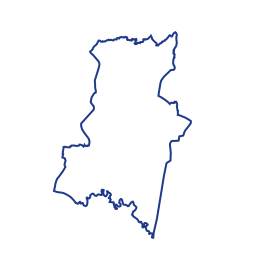 outline of Lam Thamenchai, Nakhon Ratchasima, Thailand, rotated 191°
{"feature_id": "78962969B38997993614203", "entity_name": "Lam Thamenchai", "entity_type": "district", "adm_level": 2, "iso_a3": "THA", "parent_name": "Thailand", "parent_adm1": "Nakhon Ratchasima", "projection": "robinson", "projection_center": [102.907, 15.286], "detail": "fine", "context": "isolated", "style": "outline", "palette": "blue", "viewbox_px": 256, "rotation_deg": 191, "n_neighbors": 0, "source": "geoboundaries", "source_scale": "gbopen_adm2", "svg_char_len": 5796}
<svg xmlns="http://www.w3.org/2000/svg" viewBox="0 0 256 256"><g transform="rotate(191 128 128)"><path d="M99.9,231.0L101.4,229.4L102.4,226.2L103.5,226.4L104.5,227.0L104.8,227.0L106.3,224.1L107.0,223.1L107.3,222.3L108.5,221.4L108.6,220.6L109.2,220.4L109.5,220.0L110.7,219.4L110.7,219.0L111.3,218.7L111.4,217.9L111.6,217.5L112.2,217.4L113.3,216.5L113.5,215.9L114.2,214.8L114.9,215.0L115.2,214.5L116.0,214.5L116.0,216.5L116.4,216.9L117.5,217.3L121.2,219.8L121.3,220.3L121.9,221.4L123.0,222.8L123.1,222.4L124.0,221.5L124.3,220.8L124.7,220.6L125.0,219.9L125.7,219.2L126.9,218.6L127.4,218.6L127.9,218.4L127.9,218.1L129.2,218.3L129.9,217.9L129.9,217.7L129.6,217.3L129.5,216.5L130.0,215.2L132.3,214.7L132.5,214.4L132.5,213.7L133.5,213.8L134.1,213.4L135.0,213.4L135.0,212.9L135.4,212.3L136.8,211.7L137.2,211.9L137.3,212.1L136.6,212.2L136.4,212.6L137.0,212.6L136.6,213.1L137.1,213.2L137.1,214.0L137.3,214.6L137.0,214.8L136.9,215.9L136.5,216.1L136.9,216.8L137.1,216.6L137.9,216.6L138.3,216.2L139.0,216.3L139.3,216.0L139.8,216.0L140.8,216.3L141.0,216.0L140.7,215.6L140.9,215.3L140.8,214.9L141.2,214.5L142.1,214.9L142.6,214.5L143.7,214.4L144.1,214.7L145.3,214.3L145.8,214.7L145.9,216.1L146.2,216.6L146.4,216.8L146.8,216.6L147.5,217.0L148.0,217.0L148.2,216.5L149.4,216.4L149.6,216.3L149.6,216.0L149.9,215.9L152.1,216.1L152.7,215.5L153.0,215.4L153.6,214.5L153.8,214.8L154.1,214.5L154.5,214.5L155.1,214.2L155.6,214.2L155.5,213.8L156.1,212.7L157.3,212.7L157.8,212.3L158.6,212.1L159.0,211.2L160.8,211.1L161.5,211.4L163.1,210.6L163.9,211.0L164.7,210.3L165.2,210.2L165.7,209.9L166.7,208.8L167.6,208.6L167.9,208.3L168.3,208.3L169.2,207.9L169.6,208.2L170.0,207.7L171.0,207.6L172.5,208.4L173.3,208.3L173.7,207.8L174.5,204.9L175.0,203.8L176.6,201.8L177.4,200.4L177.9,198.1L179.8,195.7L179.1,194.7L176.1,192.9L170.1,188.2L168.9,186.9L168.5,186.0L168.2,184.9L168.1,183.6L168.3,180.2L169.6,168.8L169.4,167.0L168.6,164.6L168.0,161.4L166.7,158.4L166.4,156.8L166.5,156.5L167.5,156.0L167.9,155.4L169.4,151.5L169.6,150.7L169.6,146.9L169.5,146.3L169.2,145.8L166.1,143.0L165.6,142.2L165.2,141.3L165.2,139.5L174.8,123.5L174.7,122.4L174.1,120.4L173.4,119.1L172.5,117.6L169.1,114.1L165.1,110.6L163.6,108.4L163.1,106.6L163.0,104.5L163.2,103.1L164.6,103.0L164.6,102.5L164.7,102.4L166.9,102.3L167.5,103.1L167.7,102.3L168.1,101.3L169.9,102.3L170.9,102.6L172.5,102.4L172.7,101.5L174.9,100.5L177.3,100.6L179.7,100.1L180.0,100.0L180.2,99.3L181.1,99.2L181.4,97.9L185.1,97.4L186.3,97.6L187.6,97.1L187.4,95.9L187.4,92.4L187.2,90.1L186.7,90.1L186.7,89.9L186.8,86.6L185.1,86.4L184.9,86.2L184.0,85.9L183.8,85.2L183.0,84.2L183.3,81.9L183.3,79.6L182.0,77.8L183.6,73.3L186.7,66.7L187.6,65.2L188.2,63.2L188.6,59.7L188.5,56.5L188.7,52.1L186.9,51.8L184.3,51.6L181.2,51.9L178.8,51.8L176.5,51.3L173.6,50.3L170.8,49.1L167.3,46.6L165.2,44.6L164.8,44.8L163.4,44.1L162.7,44.1L162.3,44.4L161.4,46.2L161.0,46.4L160.8,46.3L160.4,45.2L160.0,44.9L159.6,44.9L158.6,45.7L158.2,45.7L157.8,45.4L157.3,44.4L156.9,43.9L156.1,43.4L155.1,43.3L154.3,43.5L153.7,44.2L153.5,46.2L153.9,48.8L154.4,50.0L155.2,51.0L155.2,51.7L154.6,52.0L153.2,51.3L152.5,51.6L151.9,52.7L152.1,53.7L152.1,54.9L151.7,55.5L150.2,56.9L149.8,56.9L149.3,56.7L147.8,55.5L146.4,55.2L146.1,55.3L145.1,56.7L144.4,57.2L143.8,57.3L142.0,57.0L141.2,57.2L140.9,57.7L140.8,58.4L141.9,60.7L142.0,62.0L141.8,62.4L140.4,62.6L140.0,62.5L139.9,62.1L140.1,60.5L139.5,58.6L139.1,57.7L137.7,56.8L136.9,56.7L136.5,57.0L135.6,59.4L135.6,60.4L136.4,61.4L136.4,62.0L136.1,62.0L134.9,61.0L133.5,60.7L132.9,60.3L132.1,59.4L132.0,59.0L132.7,57.9L132.5,57.1L132.6,56.7L133.4,56.1L133.6,55.7L133.4,55.4L131.9,55.2L131.3,54.4L132.0,51.8L131.7,51.7L130.5,52.1L129.0,52.0L128.3,52.3L127.8,52.2L127.3,50.1L126.3,48.5L126.2,47.8L125.6,47.5L125.0,46.5L124.4,46.2L123.6,46.3L123.5,46.6L123.5,47.0L125.5,47.9L125.9,49.6L125.8,50.1L125.4,50.5L124.6,50.5L123.5,49.5L122.1,49.1L121.1,49.4L120.5,50.2L120.5,51.2L120.8,51.9L121.3,52.3L122.1,52.5L122.3,52.9L122.4,55.6L121.5,56.9L120.9,56.9L120.1,56.2L118.5,52.8L117.9,52.1L117.1,51.9L115.2,52.2L114.6,52.0L113.8,51.4L113.1,51.2L112.5,51.5L111.3,54.3L110.3,56.0L109.7,56.5L109.1,56.6L108.5,56.0L107.9,54.3L107.4,53.6L105.1,52.3L104.6,51.7L104.5,51.2L104.7,50.2L105.6,48.2L106.9,47.2L106.9,46.3L107.2,45.6L107.2,44.7L107.5,44.0L107.5,43.6L106.4,43.1L106.0,42.3L105.5,41.9L104.3,41.6L101.4,40.2L99.2,37.7L98.4,37.7L97.6,38.4L97.1,38.3L96.6,37.3L95.2,36.1L95.2,34.4L94.9,33.5L94.6,33.2L94.1,33.3L92.7,34.5L92.8,34.9L93.5,35.1L93.7,35.4L93.8,37.1L93.6,37.8L93.1,38.0L92.0,38.0L90.6,37.4L90.3,37.0L90.2,36.6L91.1,35.6L91.7,33.7L90.2,31.1L89.4,30.6L87.9,30.7L87.5,30.4L87.1,29.8L87.2,28.5L87.0,28.1L86.4,28.2L85.1,29.1L84.3,29.1L83.7,28.8L83.3,28.4L83.2,28.0L83.7,26.5L83.7,25.4L83.3,25.0L82.3,25.1L82.8,30.1L82.3,44.4L83.6,88.1L83.5,99.7L83.5,100.7L83.1,101.3L80.1,104.1L81.3,112.0L83.5,119.1L83.7,119.9L83.7,120.7L83.3,122.5L82.9,123.2L82.3,123.7L77.5,124.7L75.9,125.3L76.0,129.6L72.3,131.1L71.8,135.1L71.2,136.9L69.6,139.8L67.3,144.7L67.6,146.8L69.7,147.7L73.7,149.1L79.7,150.3L81.6,150.3L82.2,154.4L82.7,154.5L84.1,158.4L84.2,159.1L84.1,160.0L84.5,161.2L85.4,162.6L85.8,162.2L86.3,162.3L86.7,162.8L87.2,162.8L87.4,162.4L87.4,161.5L88.0,161.4L88.3,161.1L90.0,161.2L90.2,160.9L90.8,160.7L91.5,160.2L91.6,159.6L93.6,161.0L97.4,162.9L101.9,164.7L104.2,165.3L104.4,167.3L104.7,177.7L104.5,180.8L102.8,184.6L101.5,186.7L97.8,191.9L97.4,192.7L97.2,192.9L94.1,193.9L93.6,195.0L93.5,195.6L94.0,197.2L95.4,198.8L96.0,200.1L96.4,202.6L96.5,204.5L96.3,205.5L96.1,205.4L95.8,206.3L96.3,206.6L96.2,209.0L96.9,209.8L97.3,209.5L97.5,209.6L97.3,210.7L97.6,211.0L97.6,211.3L97.8,211.4L97.5,211.8L97.6,212.5L97.8,212.8L98.1,213.0L98.0,213.6L97.6,213.7L97.5,215.0L96.4,217.5L96.3,220.8L97.6,224.8L97.8,225.9L97.9,228.8L98.1,229.3L99.0,230.5L99.9,231.0Z" fill="none" stroke="#1e3a8a" stroke-width="2"/></g></svg>